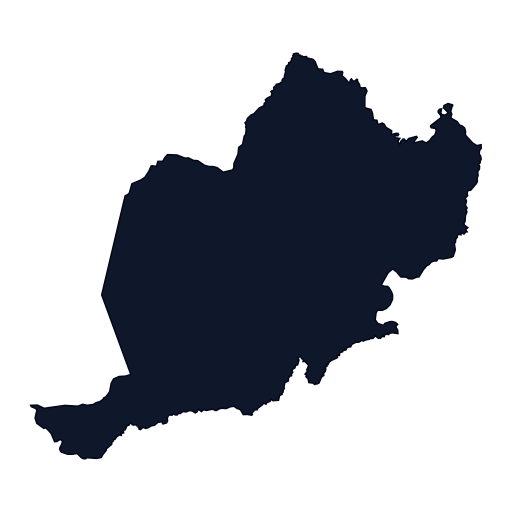 the district of La Plata, Huila, Colombia
{"feature_id": "7082276B59987699383018", "entity_name": "La Plata", "entity_type": "district", "adm_level": 2, "iso_a3": "COL", "parent_name": "Colombia", "parent_adm1": "Huila", "projection": "orthographic", "projection_center": [-75.962, 2.328], "detail": "fine", "context": "isolated", "style": "filled", "palette": "ink", "viewbox_px": 512, "rotation_deg": 0, "n_neighbors": 0, "source": "geoboundaries", "source_scale": "gbopen_adm2", "svg_char_len": 6025}
<svg xmlns="http://www.w3.org/2000/svg" viewBox="0 0 512 512"><path d="M397.9,333.6L397.7,330.2L395.7,326.7L397.6,324.3L395.4,322.4L392.0,321.5L389.8,321.7L384.8,323.4L383.6,325.4L377.9,323.5L375.2,319.8L376.1,312.8L377.5,310.3L382.6,310.2L386.5,308.4L390.0,304.8L392.5,299.4L392.6,295.0L391.3,291.4L389.0,287.7L387.6,286.4L383.9,286.2L381.2,285.0L388.1,272.8L392.7,268.9L396.6,271.9L400.9,277.0L406.4,277.1L408.5,278.7L412.5,278.9L417.0,277.0L419.0,276.9L423.2,270.0L426.6,265.8L428.9,264.7L431.3,262.0L434.1,261.0L436.6,261.0L438.3,258.5L443.1,259.0L451.6,257.3L453.3,256.1L455.3,249.9L454.4,243.6L455.5,242.2L455.7,239.2L457.2,237.4L457.4,235.4L458.5,234.4L461.0,234.8L461.4,232.5L462.2,232.4L463.3,233.9L464.1,234.0L465.8,231.9L467.1,231.8L465.6,229.5L467.8,227.7L464.4,225.0L463.9,223.1L465.0,221.7L465.5,215.5L466.9,211.9L466.2,209.6L467.1,207.9L465.4,205.3L466.5,201.0L465.2,198.1L467.6,195.8L467.2,193.2L467.7,190.7L470.7,190.2L476.3,183.6L477.4,181.5L477.1,178.3L478.1,175.6L477.7,171.5L479.4,169.2L479.6,166.3L478.5,164.0L480.2,162.8L480.0,161.7L481.2,159.1L480.6,156.0L479.4,154.4L479.3,152.3L479.8,150.1L481.3,148.4L481.1,144.7L476.8,145.6L472.6,142.9L466.1,135.9L465.3,134.3L465.6,131.5L464.6,128.0L462.4,126.1L459.6,125.1L457.2,121.6L451.8,118.6L450.8,117.2L451.8,114.2L450.7,111.1L451.8,107.7L451.5,106.7L452.6,106.1L452.6,104.9L448.1,103.5L444.0,105.5L443.4,107.8L447.9,112.3L447.5,113.7L444.8,115.1L442.3,114.7L440.8,113.2L441.5,108.9L439.4,109.3L438.1,111.1L438.2,112.3L440.7,115.4L441.0,117.6L430.7,125.6L430.6,126.7L431.4,127.8L435.7,128.5L436.2,130.9L434.8,135.2L432.5,136.7L429.3,140.8L426.2,143.0L422.2,140.9L414.7,142.8L414.1,141.9L414.4,141.0L417.2,137.3L416.4,136.4L408.5,138.6L406.7,141.1L405.3,140.4L404.1,139.0L403.0,139.1L400.8,141.4L400.2,143.9L399.5,144.0L398.2,142.0L398.2,140.8L399.8,138.4L395.5,137.8L394.6,136.7L395.3,135.7L397.8,135.8L398.7,134.5L398.2,133.5L396.1,133.3L391.3,134.6L391.7,130.8L386.1,127.4L384.1,124.1L382.2,123.0L378.5,124.5L377.7,123.7L377.0,120.3L373.4,119.8L372.5,113.4L371.1,109.5L366.0,108.1L364.8,107.3L364.9,96.0L367.0,91.0L365.3,87.7L361.5,87.9L359.8,87.0L359.6,84.6L357.5,81.3L357.5,79.5L356.5,79.3L355.1,80.9L353.3,81.2L351.3,78.9L350.3,80.2L349.7,82.7L348.9,82.9L345.2,78.4L342.1,75.8L342.7,72.3L342.2,71.5L337.6,71.3L330.6,73.8L324.5,72.7L323.5,71.8L322.7,69.3L318.0,68.9L315.1,61.7L313.2,59.5L311.2,58.8L310.5,59.2L309.0,58.2L306.6,58.6L306.9,57.1L306.1,56.5L303.4,56.9L302.1,56.0L301.2,56.5L300.5,55.3L299.2,55.2L298.2,53.5L296.3,53.2L293.6,53.9L293.9,54.6L292.8,55.4L293.2,56.6L291.5,58.8L291.6,60.2L290.2,62.2L288.7,62.7L288.7,63.9L287.5,65.6L286.5,65.9L285.2,70.1L285.6,71.6L284.4,76.4L284.5,78.2L283.2,78.4L282.0,80.3L282.5,82.3L280.8,82.4L279.6,83.6L276.3,84.3L276.0,85.4L273.7,87.4L273.9,89.1L273.2,90.5L271.6,90.9L270.9,91.8L272.4,93.0L271.6,94.1L271.7,95.8L266.9,98.3L265.3,99.9L266.3,101.7L264.3,103.3L263.8,105.8L259.2,108.0L253.9,113.8L251.0,115.0L247.4,118.4L246.5,121.4L245.0,122.7L246.2,125.7L245.6,127.0L246.2,128.5L245.7,134.2L244.2,136.2L242.6,144.4L238.7,147.4L238.0,154.2L234.0,163.3L233.8,167.6L232.7,169.9L223.2,172.2L217.2,167.7L213.5,166.6L209.2,166.5L204.7,165.4L197.7,160.7L193.4,160.4L188.4,157.9L184.9,158.1L177.1,155.0L167.5,154.6L164.9,157.5L162.8,161.3L157.8,161.4L156.5,166.4L152.1,165.7L151.0,166.2L148.9,171.2L144.9,177.3L140.8,180.0L131.9,183.8L129.4,192.8L128.5,194.0L125.1,195.9L101.7,294.9L130.8,374.5L125.6,376.1L119.1,376.5L113.6,378.9L111.2,383.3L109.7,391.5L108.7,393.2L105.7,397.0L103.7,397.9L103.0,399.3L100.1,401.5L95.8,402.8L93.5,404.4L87.3,405.3L82.8,404.3L77.9,406.2L64.8,405.4L44.2,408.3L37.4,405.1L30.7,405.3L31.4,406.7L35.2,408.3L37.0,409.7L35.1,418.0L36.8,423.3L43.7,428.3L45.8,427.8L49.2,431.2L51.3,433.8L54.6,441.7L56.8,441.5L59.6,439.7L60.7,439.7L62.4,440.9L62.0,443.6L59.7,448.2L60.1,450.4L61.3,452.1L67.6,454.2L72.0,454.3L77.2,453.5L81.5,457.8L83.9,458.8L85.7,458.7L86.7,457.7L96.8,458.4L101.4,457.4L102.4,455.2L106.3,450.2L106.3,448.8L111.6,444.4L111.9,442.3L113.1,441.3L113.4,439.7L114.8,439.5L116.5,437.0L119.3,434.9L121.3,435.4L121.2,432.3L122.5,433.2L123.6,432.9L123.3,430.5L125.2,429.7L127.0,425.7L129.2,425.0L130.2,422.8L131.1,422.8L132.2,424.7L133.5,425.1L135.8,424.6L136.7,425.8L138.5,425.9L138.2,427.4L139.1,428.1L139.2,429.3L140.5,429.6L143.0,427.3L145.6,428.4L148.0,427.8L151.6,425.7L154.3,425.4L158.0,422.3L162.4,421.7L162.5,423.7L163.2,423.9L166.6,422.9L167.6,420.8L167.3,418.1L168.3,415.9L169.2,414.9L172.0,415.2L173.2,413.9L175.3,414.9L177.3,414.9L178.2,413.4L180.3,413.5L182.7,411.6L186.4,411.9L188.9,410.6L192.1,410.9L195.3,412.9L196.9,411.9L198.7,409.3L201.4,411.6L203.8,409.7L206.2,410.5L211.9,409.3L214.0,409.6L215.0,410.5L216.7,410.4L219.1,408.9L222.0,408.2L226.1,408.6L230.1,406.8L233.1,406.4L234.1,406.3L236.7,408.3L240.4,409.7L243.3,414.6L247.3,414.4L251.6,415.2L252.4,414.5L251.8,412.7L253.8,411.3L253.8,410.0L257.3,409.7L257.5,408.5L262.7,404.6L263.3,402.9L266.0,404.2L266.6,402.8L270.2,401.2L271.0,399.0L272.9,400.7L278.5,400.3L279.6,395.4L282.1,394.4L282.0,393.0L283.2,391.9L283.0,390.4L284.4,388.3L283.9,387.3L284.6,384.1L284.3,383.0L288.4,380.9L288.4,378.2L289.9,376.2L291.6,375.7L291.4,374.2L292.7,372.4L292.0,369.7L294.9,367.9L295.6,365.4L297.6,364.9L299.0,360.0L297.8,359.1L300.2,355.7L301.7,358.7L303.5,359.4L303.0,361.5L305.1,361.5L308.7,365.5L306.8,369.8L307.3,371.5L305.1,374.1L306.4,374.8L306.0,376.8L308.0,378.5L308.9,382.6L313.8,383.2L314.2,384.3L315.0,384.5L315.7,383.5L316.6,384.1L319.0,383.0L321.5,377.1L323.8,375.4L323.6,373.2L325.1,371.6L325.8,369.2L325.3,367.1L327.0,366.2L327.0,364.2L327.9,364.6L329.0,362.4L331.1,360.6L337.5,357.6L337.3,355.1L339.4,355.5L339.9,352.5L342.6,351.8L343.0,350.6L345.9,349.9L347.2,347.4L350.8,346.7L351.9,344.3L356.1,342.2L358.8,342.2L362.0,340.3L363.3,341.1L365.1,340.1L369.4,339.2L370.0,338.5L373.0,338.4L375.3,335.8L378.2,338.2L380.3,338.3L382.2,336.5L384.3,336.6L384.2,335.6L386.0,334.0L387.0,334.5L387.9,333.7L388.7,334.5L389.6,333.3L392.6,332.8L397.9,333.6Z" fill="#0f172a" stroke="#020617" stroke-width="1.5"/></svg>